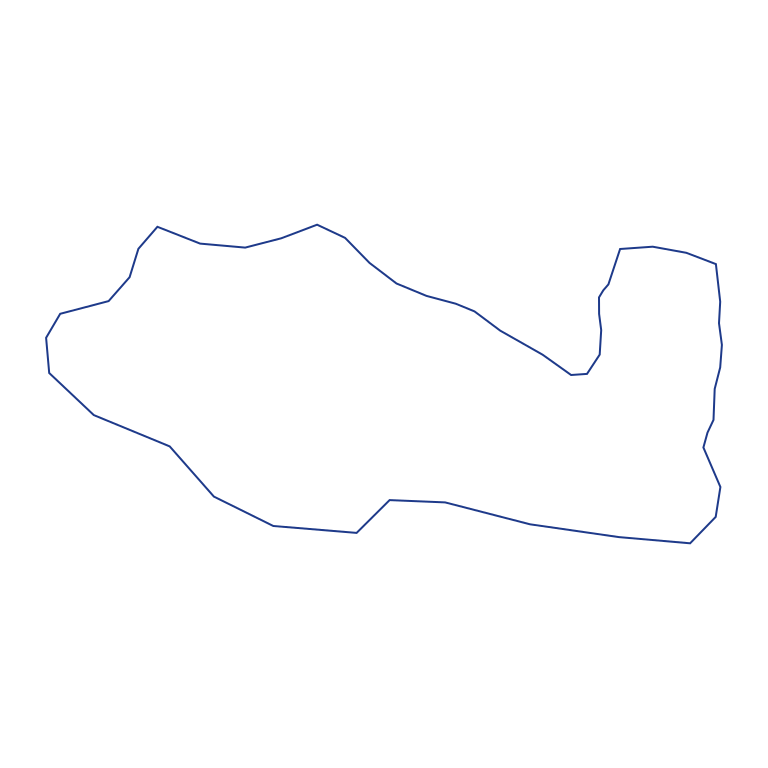 the border of Siirt
{"feature_id": "TUR-3043", "entity_name": "Siirt", "entity_type": "Province", "adm_level": 1, "iso_a3": "TUR", "parent_name": "Turkey", "parent_adm1": "", "projection": "orthographic", "projection_center": [42.404, 37.927], "detail": "fine", "context": "isolated", "style": "outline", "palette": "blue", "viewbox_px": 768, "rotation_deg": 0, "n_neighbors": 0, "source": "natural_earth", "source_scale": "10m", "svg_char_len": 747}
<svg xmlns="http://www.w3.org/2000/svg" viewBox="0 0 768 768"><path d="M317.1,224.7L345.1,237.9L369.5,262.9L396.5,283.5L426.5,295.9L455.7,303.7L474.5,311.4L500.3,330.7L542.6,354.7L571.1,375.0L587.0,373.9L599.7,354.6L601.2,330.1L599.1,313.9L599.0,297.4L603.3,290.3L608.4,284.4L620.1,249.0L652.7,246.7L686.3,252.8L715.9,264.1L720.2,301.7L719.0,323.2L721.9,344.9L720.2,367.4L714.7,388.9L713.5,419.9L707.5,432.6L703.4,447.5L720.4,487.0L715.7,516.9L690.1,543.3L618.9,537.1L530.0,524.3L445.1,502.4L389.6,500.1L356.6,532.9L273.3,526.0L213.9,496.6L169.7,446.4L93.8,415.1L49.2,373.0L46.1,337.8L60.2,313.8L108.6,301.1L129.6,277.2L138.4,248.8L157.4,226.8L200.1,243.6L245.2,247.6L281.2,238.3L317.1,224.7Z" fill="none" stroke="#1e3a8a" stroke-width="2"/></svg>